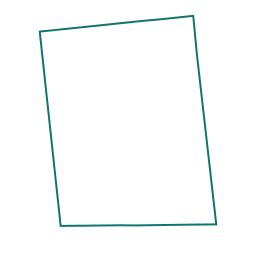 Kemper, Mississippi, United States of America (orthographic projection), rotated 84°
{"feature_id": "52423323B56584420152614", "entity_name": "Kemper", "entity_type": "district", "adm_level": 2, "iso_a3": "USA", "parent_name": "United States of America", "parent_adm1": "Mississippi", "projection": "orthographic", "projection_center": [-88.657, 32.753], "detail": "fine", "context": "isolated", "style": "outline", "palette": "teal", "viewbox_px": 256, "rotation_deg": 84, "n_neighbors": 0, "source": "geoboundaries", "source_scale": "gbopen_adm2", "svg_char_len": 329}
<svg xmlns="http://www.w3.org/2000/svg" viewBox="0 0 256 256"><g transform="rotate(84 128 128)"><path d="M22.9,205.7L99.5,205.5L218.3,205.2L220.4,183.7L223.9,146.2L225.7,130.4L230.8,74.1L233.1,50.3L60.9,51.8L25.5,51.4L23.3,51.5L23.3,77.3L23.3,80.7L23.0,104.7L22.9,205.7Z" fill="none" stroke="#0f766e" stroke-width="2"/></g></svg>